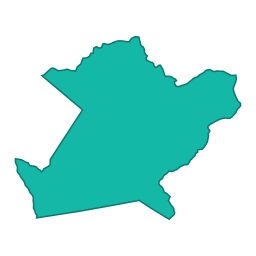 Ibaretama, Ceará, Brazil
{"feature_id": "56859067B69823963674642", "entity_name": "Ibaretama", "entity_type": "district", "adm_level": 2, "iso_a3": "BRA", "parent_name": "Brazil", "parent_adm1": "Ceará", "projection": "mercator", "projection_center": [-38.701, -4.773], "detail": "fine", "context": "isolated", "style": "filled", "palette": "teal", "viewbox_px": 256, "rotation_deg": 0, "n_neighbors": 0, "source": "geoboundaries", "source_scale": "gbopen_adm2", "svg_char_len": 3101}
<svg xmlns="http://www.w3.org/2000/svg" viewBox="0 0 256 256"><path d="M103.1,43.7L102.2,45.7L101.3,47.7L99.0,48.0L96.4,46.7L93.9,48.0L93.3,50.8L93.2,53.3L91.0,53.2L89.7,55.8L88.3,57.2L85.5,58.1L83.0,58.1L82.1,60.2L81.1,63.6L79.4,65.2L77.4,66.7L76.3,69.5L75.6,71.0L72.2,70.6L70.1,70.5L68.4,69.6L66.4,69.2L64.4,70.0L62.2,70.3L59.7,70.7L57.7,70.5L54.2,68.4L52.0,68.1L50.3,69.1L48.4,70.9L46.2,72.9L44.4,74.7L42.0,75.7L82.6,109.9L76.2,119.6L50.4,159.3L50.1,161.4L50.3,163.0L49.9,165.1L48.1,166.5L45.7,167.8L43.7,168.9L42.9,170.6L41.7,171.9L40.3,170.3L38.4,169.3L37.3,168.1L35.8,166.7L33.8,166.1L32.1,166.0L29.8,165.6L28.1,162.8L25.9,162.2L23.0,160.5L20.9,159.6L15.5,158.8L15.4,161.5L15.7,163.1L16.6,164.9L17.4,166.8L17.4,169.1L17.1,170.8L17.8,172.5L18.9,173.8L19.9,175.1L20.6,177.0L22.2,179.0L23.8,180.9L24.7,183.1L25.4,185.5L26.7,186.8L28.3,188.6L29.5,191.4L30.6,193.3L32.1,194.9L33.1,196.7L33.3,198.3L33.2,200.9L33.5,203.1L33.6,205.5L33.5,208.1L34.7,210.5L35.5,213.3L37.1,215.6L36.6,217.9L79.7,211.2L104.3,206.8L133.2,201.5L139.3,200.4L151.3,208.4L169.3,219.3L171.2,217.2L172.6,216.0L174.2,214.5L174.7,212.7L173.9,210.9L173.9,209.1L172.8,207.0L171.7,205.8L170.7,204.5L169.7,202.6L168.4,200.4L169.2,198.8L170.1,196.6L168.4,195.0L166.5,193.3L164.3,192.3L163.4,189.7L162.3,187.5L161.1,186.4L159.3,184.7L158.7,182.6L159.9,180.2L162.4,178.6L163.3,176.4L164.7,174.8L166.4,173.8L167.7,172.5L168.7,171.3L171.0,171.4L172.7,171.4L174.6,170.4L176.9,169.5L178.7,168.0L180.0,166.9L182.2,165.8L184.2,164.8L186.0,164.8L187.9,164.4L189.4,162.2L190.3,160.1L191.8,159.0L192.9,157.5L195.0,155.6L195.6,153.4L197.6,152.3L197.7,149.8L199.9,149.5L202.2,149.2L203.8,147.4L204.9,146.0L206.2,144.1L207.4,141.6L208.0,138.7L208.5,135.9L208.1,133.7L209.2,132.2L209.8,130.6L208.5,129.1L207.7,126.7L209.5,124.9L211.3,123.6L212.8,123.0L214.3,122.0L216.6,120.8L219.4,119.5L222.5,118.4L225.6,118.0L228.1,118.3L230.3,118.1L232.0,116.8L233.2,115.3L234.5,114.3L236.0,112.4L236.8,110.5L237.4,109.0L239.1,107.7L240.6,105.8L240.4,103.2L239.0,102.1L237.7,101.0L237.2,99.5L236.1,97.5L235.3,95.4L234.6,93.8L233.9,91.8L233.4,89.5L233.5,87.3L234.3,85.6L234.9,83.7L235.8,81.7L236.4,78.5L235.8,75.1L233.1,75.4L230.9,75.4L229.2,74.4L227.7,73.5L225.9,72.9L223.6,71.4L221.8,71.2L219.9,71.2L217.1,70.9L215.5,71.3L213.5,71.5L211.5,70.6L209.7,69.5L207.4,69.9L205.5,70.7L204.4,72.1L202.2,73.5L200.2,74.5L198.8,75.5L197.4,77.0L195.0,77.5L193.3,78.6L191.7,80.0L190.3,81.2L188.5,82.7L186.4,84.1L184.2,84.7L182.4,85.3L180.2,86.1L177.9,86.7L175.6,85.7L174.7,83.5L174.5,81.6L176.5,80.7L175.4,79.1L173.8,78.5L172.1,77.2L169.1,76.3L167.0,76.3L165.3,76.3L164.1,73.7L163.5,71.1L162.8,69.4L162.0,67.8L160.2,65.1L158.6,65.4L157.5,66.6L155.8,67.5L154.2,66.2L153.4,63.6L152.2,62.6L150.6,62.2L146.6,60.1L145.9,58.0L147.4,56.0L145.5,54.2L144.5,52.3L144.4,50.0L143.9,48.3L142.9,46.7L141.0,45.6L138.9,37.1L137.2,36.9L135.6,36.7L133.6,37.3L131.4,38.6L130.2,40.2L129.3,41.7L127.4,41.8L125.6,41.5L123.5,41.1L121.6,40.9L119.9,40.9L118.0,40.9L116.3,41.3L113.7,42.3L111.0,43.7L108.4,44.4L106.6,44.3L104.9,43.8L103.1,43.7Z" fill="#14b8a6" stroke="#0f766e" stroke-width="1.5"/></svg>